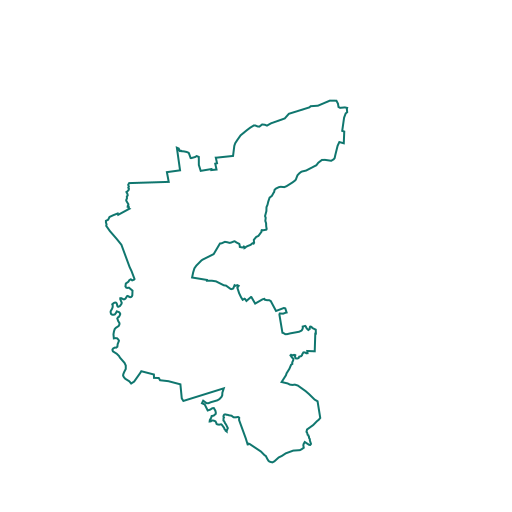 the district of Sebis, Arad, Romania, rotated 32°
{"feature_id": "2599482B59578062471496", "entity_name": "Sebis", "entity_type": "district", "adm_level": 2, "iso_a3": "ROU", "parent_name": "Romania", "parent_adm1": "Arad", "projection": "albers", "projection_center": [22.139, 46.413], "detail": "fine", "context": "isolated", "style": "outline", "palette": "teal", "viewbox_px": 512, "rotation_deg": 32, "n_neighbors": 0, "source": "geoboundaries", "source_scale": "gbopen_adm2", "svg_char_len": 6153}
<svg xmlns="http://www.w3.org/2000/svg" viewBox="0 0 512 512"><g transform="rotate(32 256 256)"><path d="M312.4,419.3L314.1,418.6L315.6,417.2L316.6,417.3L320.1,418.7L321.2,419.6L322.5,419.8L322.9,420.3L324.1,420.4L323.6,419.7L323.7,418.8L323.5,418.3L323.3,416.9L319.9,414.8L318.2,414.1L316.8,413.1L315.6,412.8L314.5,410.9L314.4,409.9L313.6,409.6L313.1,408.5L313.1,407.4L313.6,406.8L314.3,406.4L315.3,406.2L316.2,405.7L317.6,405.4L319.9,404.4L321.3,404.6L322.6,404.6L324.4,403.5L326.1,402.0L327.4,402.0L328.6,404.1L344.1,416.2L349.4,420.8L348.5,419.2L350.2,418.8L363.8,419.2L368.8,420.4L370.3,420.4L373.5,422.3L375.2,423.1L376.3,423.2L377.6,422.9L379.3,422.3L380.4,420.4L382.0,414.8L383.9,411.8L385.8,407.6L390.7,401.3L396.1,397.4L397.1,395.7L398.1,393.3L396.4,391.4L396.0,390.1L395.9,387.9L401.2,388.0L402.1,387.5L402.2,386.2L399.4,383.9L398.7,382.8L397.3,382.1L396.6,381.1L395.9,380.8L395.5,380.3L394.6,380.3L392.8,378.6L392.0,378.4L391.2,376.1L394.1,369.0L395.2,363.9L396.0,361.6L396.3,359.3L385.2,346.6L381.8,346.7L374.1,345.0L369.7,344.3L360.1,343.7L357.1,344.5L355.3,346.0L352.9,347.1L350.4,347.3L344.5,349.3L344.6,341.3L344.1,339.3L344.1,334.1L343.4,329.6L344.0,328.3L343.1,327.0L342.9,325.3L342.6,324.1L342.0,323.3L340.2,323.0L337.9,322.0L338.1,321.2L339.4,321.2L340.0,320.2L340.5,320.2L341.3,319.3L341.9,319.3L342.1,320.4L343.5,321.6L344.2,321.7L345.6,320.8L346.2,319.9L346.0,318.5L347.4,317.0L347.6,315.7L347.3,314.9L347.3,312.6L348.4,311.9L350.3,311.8L351.2,311.1L349.8,309.4L356.3,305.7L347.4,290.4L347.9,290.1L345.7,286.8L342.0,287.2L341.0,286.8L340.0,286.8L339.4,287.1L339.3,287.5L339.8,288.9L340.2,289.3L339.6,291.0L338.0,290.7L336.7,290.2L335.6,289.4L334.8,289.2L333.0,291.1L333.8,292.2L334.1,293.1L334.2,294.6L334.1,295.2L332.7,297.4L326.0,303.5L323.9,305.7L322.3,306.8L320.2,306.8L319.1,307.1L306.9,293.3L306.6,292.2L309.6,290.5L311.0,288.6L311.9,287.7L308.6,284.9L307.2,285.3L302.1,292.0L292.4,286.4L290.6,286.5L288.8,287.6L286.8,288.4L285.8,287.9L284.5,289.3L280.5,296.8L273.9,293.3L273.5,293.4L271.7,299.2L269.6,298.3L268.9,298.3L267.9,300.2L265.0,298.8L261.4,296.5L257.0,292.8L257.1,290.5L255.6,290.6L254.6,292.0L253.3,292.1L253.9,295.6L252.9,297.0L251.9,297.4L246.3,297.0L244.2,297.9L235.5,298.7L231.8,300.3L227.5,303.0L227.1,302.3L213.2,308.1L211.4,303.2L210.3,299.1L210.5,295.7L212.1,288.6L212.7,287.3L219.1,276.8L218.8,264.5L220.1,263.5L222.1,260.5L224.2,259.6L226.6,258.9L227.7,257.9L229.8,255.0L230.7,254.8L232.3,254.9L235.4,254.6L236.5,255.6L237.5,256.9L239.7,256.1L240.5,255.5L240.7,254.4L241.7,254.6L242.1,255.3L242.4,254.8L242.6,253.8L243.4,252.3L245.6,249.3L245.8,248.3L246.3,247.0L247.4,246.8L247.4,245.8L246.4,244.6L245.6,243.4L246.1,239.7L247.4,237.7L247.8,232.6L247.1,231.3L247.2,230.9L248.3,230.5L250.8,228.2L250.7,227.4L248.9,225.4L247.2,222.9L245.3,221.3L244.0,218.5L242.5,217.3L241.0,212.4L239.0,209.0L238.6,206.4L237.6,203.5L236.6,199.3L237.6,196.6L237.4,192.9L237.5,192.3L236.7,190.0L237.2,188.2L238.9,185.5L240.3,184.2L243.5,182.6L244.9,180.6L248.0,174.2L249.0,171.6L249.3,170.2L248.4,165.6L248.9,163.0L249.6,161.0L250.2,160.0L253.2,157.0L259.1,147.0L259.4,143.9L261.0,139.6L263.6,137.9L269.3,135.4L270.6,132.9L270.8,131.3L269.8,128.5L266.8,119.3L266.3,115.2L270.7,113.9L264.9,103.7L262.8,104.2L257.4,92.0L256.5,87.6L257.1,85.7L255.1,83.1L254.8,82.1L252.6,82.9L248.8,85.8L247.0,85.9L244.8,83.4L241.9,81.7L236.3,85.1L228.9,95.7L223.0,100.0L222.5,101.7L208.5,118.0L207.5,124.1L198.5,135.4L196.2,139.6L194.0,140.0L191.5,141.2L190.3,144.5L188.7,145.3L186.2,145.7L185.0,146.4L183.1,150.2L181.5,154.4L179.0,161.8L178.7,167.0L178.6,171.3L179.2,174.0L183.5,183.3L170.7,193.3L169.8,193.9L173.8,198.0L172.5,199.3L176.7,203.6L172.6,206.8L172.1,205.9L164.0,213.1L159.3,209.1L155.0,202.3L152.7,202.7L152.0,204.2L151.3,205.0L149.2,207.3L148.7,207.6L144.5,204.3L144.1,204.2L142.1,204.5L139.4,205.5L137.3,206.6L136.9,206.4L136.2,206.7L136.0,207.3L135.8,207.4L134.9,207.1L134.5,206.5L133.5,205.8L131.5,206.1L146.2,223.6L136.0,232.1L142.7,239.4L109.8,261.4L109.9,263.4L111.4,264.5L111.5,265.8L112.5,266.2L113.0,267.3L112.7,269.3L112.2,270.4L112.9,270.9L113.7,271.2L115.0,272.4L115.1,273.2L114.9,273.9L116.0,275.5L116.3,277.4L116.9,278.0L120.4,279.8L120.6,280.4L120.7,281.5L121.0,282.1L121.7,281.5L122.3,281.9L122.3,282.6L122.7,283.0L123.6,283.0L117.3,294.1L116.2,293.2L113.5,296.8L111.1,300.5L111.4,303.6L110.1,305.7L111.0,307.1L112.5,308.4L113.0,309.8L118.9,312.3L128.7,315.3L135.9,317.8L154.6,332.3L158.5,334.8L165.2,339.9L165.1,340.7L163.9,342.3L162.2,342.1L161.4,343.6L161.4,345.5L160.2,348.3L160.8,349.7L161.4,351.0L162.8,351.6L163.9,351.2L165.0,350.2L169.6,350.8L171.9,354.8L172.1,355.9L171.9,356.8L171.2,357.6L170.2,357.9L169.6,357.7L168.3,357.9L167.9,358.4L167.9,361.2L167.4,362.4L166.5,363.0L164.2,363.1L163.3,363.7L163.7,364.5L167.0,366.9L167.3,368.2L167.1,370.6L166.1,372.1L165.8,372.2L165.1,372.0L164.1,371.1L163.8,370.6L162.4,369.8L161.7,369.8L161.0,370.3L160.2,371.4L160.1,372.0L159.7,372.8L159.8,373.3L160.5,373.6L161.5,375.2L161.9,377.0L162.0,379.6L162.3,380.5L163.7,381.9L165.2,382.0L166.6,381.1L167.3,380.2L167.4,378.2L167.3,376.7L169.7,376.2L170.5,376.4L171.6,377.1L171.9,378.4L172.0,380.0L171.9,380.6L171.5,381.0L171.5,382.5L173.6,384.2L175.8,385.3L176.3,386.1L176.5,386.8L176.6,388.2L175.2,391.2L174.9,392.8L175.5,395.2L176.6,397.9L179.1,401.2L180.2,400.2L181.8,399.4L183.5,399.8L184.7,400.5L185.4,404.1L186.5,406.4L186.0,407.8L184.8,408.5L183.9,410.0L183.8,411.3L184.4,412.1L185.2,412.7L189.7,412.7L192.8,413.4L194.5,414.3L201.1,416.3L203.6,417.9L205.4,420.8L205.7,424.4L206.1,426.6L206.7,427.9L208.2,428.8L210.2,429.4L215.0,429.4L217.7,430.3L219.2,427.1L219.8,416.7L219.8,414.5L232.2,410.6L234.1,413.4L238.2,411.0L240.5,412.2L248.0,408.6L259.9,404.9L268.5,416.1L271.2,417.4L298.8,385.3L299.9,389.7L301.2,392.1L301.4,393.8L300.8,396.8L299.7,398.9L295.2,403.9L293.7,406.0L292.1,407.0L287.9,406.7L288.2,409.5L291.2,409.1L296.9,412.6L298.6,410.5L299.6,408.3L300.8,407.3L303.5,408.7L304.9,410.1L305.5,411.2L304.7,413.8L303.2,415.2L303.7,416.9L303.8,419.6L304.4,420.9L305.3,420.2L305.8,418.8L307.4,418.0L309.2,417.7L310.5,418.4L311.5,419.3L312.4,419.3Z" fill="none" stroke="#0f766e" stroke-width="2"/></g></svg>